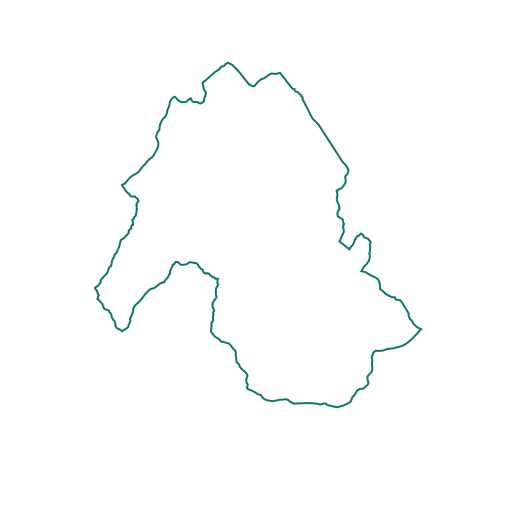 outline of Cachi, Salta, Argentina, rotated 224°
{"feature_id": "61730980B38910879035127", "entity_name": "Cachi", "entity_type": "district", "adm_level": 2, "iso_a3": "ARG", "parent_name": "Argentina", "parent_adm1": "Salta", "projection": "natural_earth1", "projection_center": [-66.151, -25.018], "detail": "fine", "context": "isolated", "style": "outline", "palette": "teal", "viewbox_px": 512, "rotation_deg": 224, "n_neighbors": 0, "source": "geoboundaries", "source_scale": "gbopen_adm2", "svg_char_len": 6135}
<svg xmlns="http://www.w3.org/2000/svg" viewBox="0 0 512 512"><g transform="rotate(224 256 256)"><path d="M344.2,402.8L345.9,401.7L353.2,402.6L365.9,404.5L368.5,400.3L369.6,399.8L372.1,397.3L373.6,389.7L375.1,386.3L375.4,384.8L375.6,383.2L375.1,377.3L375.6,376.3L378.1,375.2L380.4,374.6L396.1,376.7L405.9,377.0L410.6,375.4L410.8,373.8L411.3,372.4L411.1,370.5L411.7,369.1L412.3,368.6L412.6,367.5L412.1,364.8L413.3,359.6L413.8,353.8L414.2,347.1L414.7,345.6L414.9,344.3L414.5,343.1L411.3,341.2L409.8,340.1L408.0,339.4L405.5,338.8L404.1,336.9L402.9,333.8L402.1,332.5L400.8,331.4L401.2,330.1L401.1,328.6L402.0,327.0L403.6,326.3L405.0,326.1L406.0,325.2L406.5,324.5L408.5,323.1L409.8,323.1L410.6,323.3L411.9,324.1L412.7,324.0L413.2,321.0L413.2,319.6L413.5,317.9L415.3,316.0L416.7,315.0L418.4,314.2L421.6,313.9L423.7,314.3L425.3,313.9L425.6,312.7L425.8,310.3L425.3,308.5L425.2,307.4L422.7,303.8L421.1,299.6L420.5,298.5L419.5,297.3L418.9,295.9L418.5,294.7L418.1,293.1L418.1,290.0L417.8,287.9L417.1,286.3L416.5,284.3L414.8,281.6L413.6,280.2L412.9,279.1L413.0,278.6L412.8,276.5L411.8,274.4L410.8,272.5L409.2,271.4L406.2,270.4L404.6,269.3L402.9,267.5L402.0,265.5L400.9,262.5L399.5,257.2L399.3,255.1L399.9,251.5L400.0,249.5L399.5,244.6L399.7,241.3L398.9,235.1L399.5,231.4L400.5,228.7L401.0,225.8L401.1,223.9L400.7,217.0L401.7,214.1L400.2,213.6L395.4,212.5L392.7,212.2L390.5,212.5L387.3,212.0L384.4,214.7L382.9,214.5L381.6,214.9L380.1,214.7L378.7,213.9L378.6,213.0L378.1,210.8L377.7,209.7L376.5,209.2L375.8,208.2L374.9,207.5L374.0,207.1L373.9,206.2L372.7,204.8L371.5,203.1L370.5,201.4L370.6,199.5L369.9,197.7L370.1,196.1L368.8,195.6L368.3,194.6L366.8,193.8L366.2,193.0L366.7,192.0L366.3,190.6L365.7,189.7L364.8,189.2L365.2,186.3L364.6,185.2L363.5,184.0L363.6,183.2L363.4,181.7L363.6,180.3L363.4,178.3L363.7,175.7L364.3,173.6L361.1,168.1L358.7,161.8L358.6,158.4L357.4,156.9L357.1,154.8L356.1,152.4L353.4,148.4L353.4,147.4L353.6,145.8L353.2,144.6L351.5,141.2L351.0,139.2L351.2,137.2L351.1,133.0L350.9,130.9L349.8,129.6L349.2,127.5L349.0,125.8L349.7,121.6L349.0,120.9L347.7,120.5L346.8,120.7L344.6,119.8L344.2,119.2L341.9,118.7L341.4,116.8L340.7,116.3L340.4,115.0L338.1,115.1L333.5,114.8L331.2,113.8L329.9,113.0L329.0,112.7L327.9,112.8L326.9,113.4L326.0,113.5L325.1,113.9L324.4,114.5L323.5,114.4L322.4,113.7L320.5,113.8L319.0,113.2L317.9,112.1L316.2,111.4L314.5,111.0L312.9,110.9L311.4,110.3L310.1,109.4L308.6,108.1L306.9,107.5L305.0,107.6L302.1,108.8L300.2,108.8L298.9,113.7L298.6,115.8L299.1,117.2L299.9,118.1L300.2,119.7L301.4,122.2L302.7,122.8L304.0,125.9L304.4,127.3L305.7,130.3L307.7,132.9L308.2,134.3L308.6,136.7L308.3,140.9L308.3,143.9L309.2,151.6L309.2,156.9L309.1,158.0L308.7,159.3L306.9,162.4L306.6,164.3L306.3,165.7L305.9,169.9L304.9,171.4L303.9,173.7L304.4,176.0L304.6,179.1L304.8,180.3L305.4,181.5L305.8,183.9L307.3,185.4L307.9,187.7L308.6,188.6L308.7,190.2L309.9,192.0L309.1,193.3L309.7,195.0L309.7,195.9L308.6,196.9L307.2,197.5L304.3,197.4L303.5,197.9L302.1,199.3L300.6,201.2L300.0,202.6L299.7,204.3L299.2,205.6L297.2,207.2L296.0,207.7L294.6,209.1L293.4,209.4L291.3,209.4L289.8,208.7L287.9,208.7L286.5,208.4L285.6,208.8L284.6,209.0L283.6,208.2L282.4,207.8L280.7,207.9L279.9,208.5L279.7,209.2L279.6,209.5L278.5,209.9L277.6,210.6L277.3,210.7L275.8,210.3L273.7,210.7L272.7,210.5L272.1,211.0L271.7,211.5L270.5,211.5L269.7,211.7L269.4,211.5L267.7,213.1L267.2,212.2L266.2,211.2L265.8,210.5L265.0,209.7L263.3,209.2L262.6,206.3L262.1,204.9L261.4,203.8L258.8,201.1L255.8,198.9L255.2,196.3L255.3,195.4L254.7,193.5L254.7,192.5L253.5,191.1L253.3,190.3L251.6,189.1L249.7,188.5L248.7,187.9L248.1,187.3L247.6,185.5L246.7,185.1L245.1,183.1L244.4,181.8L243.3,181.0L242.0,179.6L241.5,176.5L239.9,175.5L235.9,170.3L229.8,169.5L227.6,169.8L226.4,170.2L224.6,170.4L221.0,170.3L219.8,171.6L214.3,174.3L209.3,173.8L208.3,173.3L206.7,173.6L205.2,173.4L203.6,172.8L202.2,171.0L200.0,169.4L197.3,166.9L195.9,166.1L195.0,166.3L192.6,166.2L190.8,165.1L188.8,164.8L180.8,164.9L179.9,164.5L179.0,163.9L178.5,163.0L177.8,161.2L176.0,159.1L174.5,158.2L173.2,158.0L172.0,157.1L171.2,154.8L169.0,154.8L167.0,155.5L165.1,156.5L162.6,157.0L161.0,157.5L158.1,158.0L157.0,158.9L155.2,159.4L154.3,158.8L151.1,158.8L148.0,159.8L142.9,163.4L138.9,169.3L137.5,170.7L135.6,173.1L133.4,174.7L130.9,174.8L126.3,176.0L117.9,184.9L112.2,190.1L109.3,192.2L106.5,193.7L104.6,197.2L103.4,198.4L101.2,198.3L92.7,203.4L89.4,208.8L88.2,211.8L86.7,216.5L87.4,218.7L88.6,221.3L88.6,224.7L89.8,229.7L89.0,232.5L86.8,235.0L86.5,236.8L86.2,240.9L86.7,242.6L89.3,244.2L91.8,246.2L92.3,248.1L92.4,253.4L93.9,255.7L97.3,258.5L99.8,261.7L101.0,262.7L102.1,263.2L102.9,264.4L103.4,266.1L104.3,267.4L104.5,269.7L104.0,271.2L101.9,272.8L98.8,276.4L97.6,279.3L95.3,282.4L92.9,285.2L88.2,293.3L86.8,298.0L86.2,304.5L86.3,318.1L90.5,316.7L95.9,316.5L99.0,318.0L100.2,317.6L101.8,317.8L104.3,318.8L106.5,320.7L109.8,321.8L114.3,322.7L117.7,323.9L121.1,324.4L123.3,323.3L124.3,322.1L126.0,321.9L127.1,322.8L130.4,320.5L133.1,319.6L137.1,318.7L139.7,318.9L143.8,318.4L145.1,319.8L148.4,322.6L151.7,323.9L154.6,323.7L158.2,322.4L161.9,321.3L166.0,320.5L169.6,318.3L170.8,322.9L170.8,326.9L171.5,331.3L174.0,335.2L176.3,336.5L177.0,338.1L180.5,342.3L181.8,342.9L183.2,345.8L187.5,346.2L189.9,345.1L191.6,344.6L193.8,345.5L196.0,345.1L196.3,341.7L197.0,340.0L196.4,338.4L196.1,336.4L194.7,333.3L194.2,331.4L194.0,329.8L194.1,328.4L194.0,327.1L193.5,325.6L206.0,324.5L208.3,330.6L209.5,334.2L211.5,336.1L213.5,337.3L214.6,338.6L214.7,340.1L216.1,340.4L217.5,341.5L219.2,342.5L224.5,341.3L227.0,343.0L228.3,345.4L228.4,347.6L231.5,350.1L235.0,351.5L237.0,352.7L237.8,353.5L238.2,354.5L238.9,354.8L239.2,355.9L240.1,357.0L241.5,357.6L242.2,358.5L243.4,359.0L242.5,362.1L241.6,364.3L241.7,367.1L242.1,368.9L242.6,370.7L243.4,372.1L245.0,373.6L246.2,374.2L246.8,374.9L247.2,376.1L247.1,377.8L247.4,379.3L248.4,380.3L248.6,381.2L249.4,382.2L250.2,382.4L251.6,383.0L255.6,383.7L258.8,383.8L302.0,393.9L305.5,394.1L310.9,394.1L331.8,401.3L332.2,402.1L333.2,402.6L334.2,402.3L335.5,403.1L337.6,402.7L339.6,403.0L341.7,401.9L342.8,401.9L343.6,402.2L344.2,402.8Z" fill="none" stroke="#0f766e" stroke-width="2"/></g></svg>